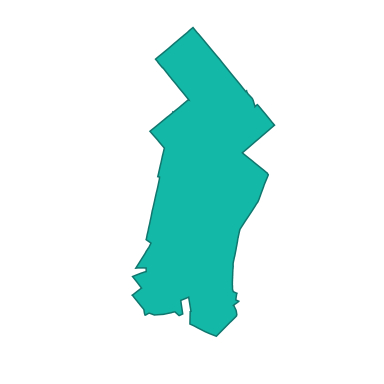 Daia, Giurgiu, Romania (Albers equal-area conic projection), rotated 42°
{"feature_id": "2599482B46391816231209", "entity_name": "Daia", "entity_type": "district", "adm_level": 2, "iso_a3": "ROU", "parent_name": "Romania", "parent_adm1": "Giurgiu", "projection": "albers", "projection_center": [25.985, 44.024], "detail": "fine", "context": "isolated", "style": "filled", "palette": "teal", "viewbox_px": 384, "rotation_deg": 42, "n_neighbors": 0, "source": "geoboundaries", "source_scale": "gbopen_adm2", "svg_char_len": 5692}
<svg xmlns="http://www.w3.org/2000/svg" viewBox="0 0 384 384"><g transform="rotate(42 192 192)"><path d="M307.6,262.6L308.0,255.7L308.0,254.3L307.7,254.0L307.7,253.8L307.6,253.6L307.5,253.4L307.4,253.2L307.1,252.9L306.8,252.7L305.6,251.7L305.0,251.2L304.3,250.7L304.0,250.5L303.4,250.2L300.7,249.1L300.0,248.8L299.5,248.6L299.3,248.5L299.2,248.5L298.6,248.6L298.6,248.4L298.9,247.8L298.9,247.1L299.0,246.5L299.3,245.2L299.4,244.9L299.6,243.9L299.6,243.7L299.7,243.1L299.9,242.6L300.0,242.2L300.0,241.9L299.9,241.8L299.7,241.9L299.5,242.0L299.2,242.1L297.7,242.6L297.0,242.8L296.7,242.8L296.6,242.7L296.4,242.4L296.3,242.2L295.7,241.4L294.2,239.1L293.5,238.0L293.3,237.6L293.2,237.2L292.4,237.5L291.5,237.8L290.8,238.0L289.7,238.3L289.4,238.4L289.2,238.3L289.0,238.2L288.6,238.1L288.0,237.6L287.5,237.4L287.1,237.1L285.4,235.2L284.4,234.2L283.8,233.7L283.4,233.2L283.2,232.9L283.0,232.7L282.6,232.3L282.0,231.6L281.5,231.0L281.2,230.6L280.9,230.3L280.4,229.7L279.8,228.9L279.5,228.6L279.4,228.4L278.2,227.1L278.1,226.8L277.7,226.4L276.7,225.2L276.3,224.8L275.2,223.4L274.4,222.5L273.6,221.3L273.3,221.0L273.0,220.6L272.9,220.4L272.1,219.4L271.8,219.2L271.3,218.6L271.1,218.4L270.8,218.1L270.7,218.0L270.2,217.3L270.1,217.1L269.7,216.5L269.1,215.5L268.8,215.0L268.4,214.2L268.2,213.9L267.3,212.4L267.2,212.2L266.5,210.8L265.7,209.5L265.1,208.5L264.7,207.9L264.5,207.5L263.7,206.2L263.5,205.8L263.3,205.4L262.8,204.8L262.7,204.5L262.0,203.5L261.8,203.1L261.2,202.1L260.9,201.6L260.6,201.1L259.9,200.0L258.8,198.2L257.5,196.3L257.1,195.7L256.7,194.8L256.4,194.4L254.9,191.8L254.3,190.7L253.7,189.7L253.4,189.1L253.3,188.9L253.2,188.6L252.9,188.4L252.6,187.4L252.3,185.7L251.4,180.1L251.1,178.4L250.4,173.4L249.7,168.7L249.1,164.8L248.9,163.7L248.6,161.8L248.3,160.0L247.9,158.1L247.7,156.2L247.6,155.3L247.5,155.1L247.2,154.1L246.5,152.1L246.4,151.8L246.2,151.4L245.9,150.8L245.4,149.4L244.4,147.1L243.5,144.8L242.8,143.0L242.0,141.0L241.6,140.0L241.1,139.0L240.8,138.2L240.6,137.7L239.3,134.0L238.2,130.8L237.5,128.9L237.2,128.2L236.9,128.0L236.7,128.0L236.3,128.0L236.2,128.0L236.0,127.9L235.5,127.7L235.4,127.6L235.1,127.6L234.9,127.6L234.6,127.6L234.2,127.7L230.6,127.8L227.3,128.0L223.5,128.2L220.0,128.4L218.1,128.5L216.8,128.5L212.0,128.8L206.6,129.1L204.0,129.2L203.2,129.2L203.4,127.5L204.2,121.5L204.7,117.3L205.0,115.0L205.2,113.2L206.0,107.4L206.3,105.0L206.4,104.0L207.0,99.6L207.4,96.4L207.6,95.1L208.0,91.6L208.6,87.1L207.8,87.0L207.7,87.4L207.5,87.1L207.3,87.0L207.2,86.9L206.9,86.9L206.5,86.8L204.5,86.6L203.6,86.4L193.3,84.8L189.5,84.3L187.0,83.9L185.3,83.7L184.8,83.6L184.0,83.5L183.2,83.4L182.1,83.4L182.1,83.5L182.0,83.8L181.9,84.6L181.8,85.4L181.7,86.4L181.5,86.2L181.1,85.9L178.7,84.6L176.2,83.0L175.7,82.8L175.1,82.5L174.9,82.4L174.2,82.2L173.8,82.1L172.9,82.0L169.1,81.7L168.0,81.6L167.8,81.6L166.9,81.3L166.0,81.0L165.7,80.9L165.2,80.5L164.9,80.3L164.8,81.4L160.2,80.7L155.6,79.9L148.8,78.9L146.2,78.5L141.5,77.8L134.2,76.6L128.3,75.7L124.4,75.0L123.2,74.8L120.6,74.5L114.8,73.7L96.3,71.0L90.6,70.2L90.3,70.2L90.1,70.3L89.5,70.2L82.7,69.1L82.3,71.5L82.0,73.6L81.8,76.7L81.5,78.7L81.2,80.7L81.1,80.9L81.1,81.0L81.1,81.5L80.6,84.7L80.3,86.9L79.8,90.7L79.4,93.3L79.0,96.7L78.5,100.8L78.1,103.5L77.9,104.8L76.8,112.2L76.6,113.2L76.0,117.7L77.3,117.9L79.5,118.1L79.8,118.4L83.1,118.9L86.8,119.4L86.9,119.2L87.0,119.1L87.3,119.2L87.6,119.3L88.1,119.3L88.6,119.4L92.0,120.0L93.0,120.2L94.5,120.4L97.1,120.9L98.4,121.1L99.4,121.2L101.3,121.6L105.8,122.2L107.8,122.5L108.6,122.6L110.8,123.0L113.1,123.4L118.9,124.2L127.5,125.6L127.8,125.7L128.2,125.8L127.6,126.1L127.3,127.5L126.9,130.5L126.7,131.8L126.6,133.0L126.4,134.0L126.0,137.3L125.9,138.1L125.0,143.3L124.9,144.3L124.8,144.9L124.2,145.2L124.4,145.4L124.6,145.6L124.6,145.8L124.6,146.2L124.5,146.7L123.8,151.4L123.5,152.7L122.3,160.8L121.2,168.2L120.5,172.4L120.2,174.4L120.1,175.0L125.0,175.6L132.1,176.4L132.4,176.5L134.2,176.8L140.9,177.7L142.0,177.8L143.0,179.6L144.5,182.3L145.9,185.0L147.3,187.4L149.1,190.5L150.6,193.3L152.0,195.8L153.7,198.8L155.0,201.1L156.3,203.5L157.9,202.6L158.2,203.0L158.5,203.4L158.8,203.8L159.3,204.5L160.0,205.7L161.1,207.6L162.9,210.7L163.7,212.1L164.8,214.1L166.0,216.4L168.7,221.2L170.5,224.3L170.6,224.5L173.9,230.4L175.1,232.7L176.2,234.5L178.8,238.8L179.9,240.8L180.4,241.6L182.1,244.5L183.0,246.2L184.1,248.2L184.8,249.3L185.3,250.1L187.4,254.0L188.4,255.6L189.6,257.6L189.6,257.9L189.7,258.0L189.8,258.1L190.8,258.0L193.2,257.7L194.6,257.5L195.7,257.4L197.1,262.3L197.2,262.6L197.1,262.9L197.1,263.3L197.4,264.7L197.5,265.7L197.6,266.5L197.7,267.0L197.8,267.2L198.0,268.1L198.2,268.7L198.3,269.2L199.1,274.0L200.3,281.0L201.0,285.2L201.2,286.2L202.8,284.4L204.2,283.2L206.6,281.0L208.8,279.2L208.9,279.3L211.2,281.8L210.0,283.6L209.5,284.6L208.5,286.3L205.8,291.7L204.4,294.6L212.2,295.9L218.8,297.2L218.6,298.0L217.8,302.3L216.9,307.6L216.6,308.7L217.5,308.7L219.0,309.0L220.0,309.2L220.8,309.3L222.6,309.6L223.6,309.7L225.1,310.0L225.7,310.1L226.4,310.2L227.8,310.4L230.0,310.8L230.8,310.9L231.4,311.0L233.6,311.3L234.6,311.5L234.8,311.5L235.1,311.8L235.3,311.9L235.7,312.2L236.4,312.8L237.4,313.6L237.9,314.0L238.7,314.5L239.5,314.9L239.7,314.7L239.9,314.4L240.3,313.1L240.9,311.3L241.1,311.0L241.2,310.8L241.4,310.6L241.6,310.5L243.5,309.7L245.8,308.8L246.3,308.6L246.5,308.4L248.1,306.7L251.4,303.3L252.2,302.5L252.5,302.2L255.8,297.7L257.3,295.7L258.0,294.5L258.4,293.9L259.5,292.5L263.6,292.5L265.0,292.5L265.3,292.2L266.7,288.8L258.8,282.3L256.2,280.1L259.9,272.4L271.1,281.4L270.7,282.1L278.8,291.5L280.9,290.8L283.2,290.1L287.0,289.2L291.1,288.1L295.3,287.0L300.3,285.3L306.6,282.9L307.5,263.0L307.6,262.6Z" fill="#14b8a6" stroke="#0f766e" stroke-width="1.5"/></g></svg>